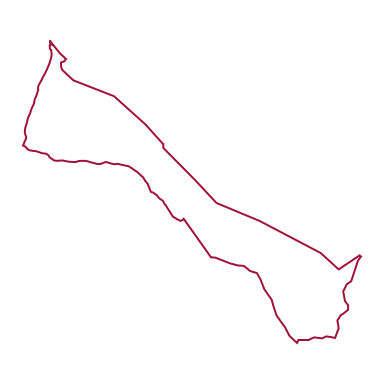 Belvedere, Soufrière, Saint Lucia (Robinson projection)
{"feature_id": "8701671B92172840318225", "entity_name": "Belvedere", "entity_type": "district", "adm_level": 2, "iso_a3": "LCA", "parent_name": "Saint Lucia", "parent_adm1": "Soufrière", "projection": "robinson", "projection_center": [-61.062, 13.892], "detail": "fine", "context": "isolated", "style": "outline", "palette": "rose", "viewbox_px": 384, "rotation_deg": 0, "n_neighbors": 0, "source": "geoboundaries", "source_scale": "gbopen_adm2", "svg_char_len": 4785}
<svg xmlns="http://www.w3.org/2000/svg" viewBox="0 0 384 384"><path d="M361.0,256.5L359.8,255.8L359.6,255.4L338.7,269.4L320.8,253.1L259.5,220.9L216.5,203.0L195.5,180.5L163.2,147.8L163.4,144.2L163.2,144.2L145.3,124.3L114.0,96.2L73.5,80.4L66.3,73.8L61.9,69.5L61.1,66.4L61.0,62.5L64.5,61.2L65.6,59.2L66.0,59.0L59.9,53.3L51.7,43.1L50.2,41.9L50.3,41.5L50.5,41.2L50.1,41.0L49.9,41.8L50.0,42.5L50.5,42.9L50.9,43.3L51.6,43.7L51.8,43.7L52.0,44.0L52.3,44.3L52.6,44.8L52.6,45.1L51.9,44.7L51.4,44.4L50.5,44.0L49.9,44.9L49.6,45.8L49.6,46.3L49.8,46.7L49.9,47.4L50.0,48.1L49.9,48.4L50.0,49.0L50.8,49.7L50.9,49.8L51.2,50.4L51.4,52.2L51.5,53.5L51.7,54.4L51.6,54.7L51.6,55.3L51.4,56.1L51.4,56.8L51.2,57.3L51.0,58.4L49.9,61.8L49.7,62.7L48.8,65.0L47.6,67.8L46.6,70.1L45.4,72.6L44.6,74.3L43.5,76.0L43.1,76.8L42.8,77.3L42.3,78.3L41.7,79.7L41.2,80.6L40.4,82.1L39.2,84.3L38.5,85.7L38.3,86.4L38.1,87.1L38.0,87.8L38.1,88.9L38.3,89.3L38.2,89.9L37.7,91.2L37.4,92.5L36.9,94.2L35.9,96.8L35.0,98.7L34.7,99.5L34.5,100.1L34.4,101.7L34.2,102.5L34.0,103.1L34.0,103.5L33.4,104.9L33.1,105.5L32.5,106.7L32.0,107.8L31.5,108.8L31.1,110.0L30.7,111.1L30.6,111.8L30.3,112.8L29.9,113.8L29.4,114.8L28.7,116.3L28.3,117.2L28.2,117.4L27.7,118.9L27.5,120.0L27.2,121.5L26.8,122.6L26.5,124.1L26.0,125.8L25.5,126.9L25.2,128.3L24.8,131.2L24.9,132.6L25.4,134.9L26.0,136.3L26.2,137.1L26.2,137.7L25.9,138.8L25.2,140.4L24.6,141.7L23.9,143.3L23.9,143.8L23.4,144.7L23.0,145.6L25.2,146.5L25.3,146.6L25.7,146.9L26.0,147.3L26.3,147.7L26.8,148.3L27.1,148.7L27.6,149.0L27.9,149.3L28.5,149.7L28.9,149.9L29.4,150.2L29.8,150.4L30.6,150.5L31.2,150.5L32.0,150.7L33.6,151.1L34.2,151.0L34.7,151.0L35.3,151.1L35.8,151.2L36.8,151.4L38.2,151.9L40.3,152.6L41.8,153.1L43.2,153.4L45.5,153.6L46.2,153.9L46.9,154.2L47.4,154.5L47.9,154.8L48.2,155.1L48.5,155.4L48.8,155.8L49.1,156.3L49.3,156.7L49.5,157.1L49.8,157.4L50.1,157.6L50.6,158.1L51.2,158.5L51.7,158.7L52.2,159.0L52.6,159.3L53.1,159.8L53.6,160.2L53.9,160.4L55.6,160.7L57.1,160.8L58.3,160.8L59.1,160.7L59.5,160.6L62.5,160.5L63.3,160.6L63.9,160.8L64.6,160.9L65.4,161.0L66.6,161.3L67.6,161.5L68.9,161.7L72.1,161.9L73.6,162.0L74.7,162.1L75.7,161.9L76.7,161.7L77.7,161.4L78.7,161.1L80.0,160.9L81.3,160.9L83.7,160.9L86.1,160.9L86.5,161.0L87.1,161.2L88.6,161.6L90.2,162.1L91.8,162.6L93.6,163.0L94.6,163.2L95.7,163.6L96.5,163.8L97.0,163.9L97.7,164.0L99.7,164.1L100.1,164.1L100.4,164.0L101.6,163.5L103.9,162.6L104.7,162.3L105.2,162.2L105.8,162.1L106.4,162.1L106.9,162.2L107.3,162.4L109.7,163.0L110.2,163.1L110.5,163.3L110.8,163.5L111.3,163.6L114.2,164.1L114.5,164.2L114.9,164.2L115.4,164.2L116.5,164.0L117.5,163.9L117.9,163.9L118.7,164.1L119.6,164.2L121.0,164.7L121.7,164.8L122.9,165.0L124.0,165.3L126.8,165.9L127.3,166.0L127.8,166.1L128.2,166.1L128.5,166.2L128.9,166.4L129.2,166.6L129.6,166.9L132.0,168.4L134.2,170.0L135.7,171.0L137.0,171.8L138.3,172.9L138.5,173.3L139.9,174.4L141.3,175.8L142.9,177.2L143.1,177.4L143.5,177.9L143.9,178.8L144.1,179.1L144.4,179.4L144.8,179.9L145.1,180.7L145.3,181.0L145.7,181.5L146.0,181.8L146.6,182.4L147.2,183.2L147.5,183.5L147.8,184.0L147.9,184.7L148.1,185.3L148.3,185.8L148.5,186.1L148.7,186.6L148.8,187.0L149.1,187.4L149.3,187.7L149.4,188.0L149.6,188.5L149.7,189.0L149.9,189.6L150.2,190.1L150.4,190.6L150.5,190.8L150.6,191.3L150.8,191.7L151.0,191.9L151.3,192.1L152.2,192.3L152.7,192.4L153.1,192.6L153.4,192.8L154.0,193.2L154.6,193.6L154.9,194.0L155.2,194.1L155.8,194.4L156.3,194.8L156.7,195.2L157.0,195.5L157.6,196.3L158.1,196.9L158.7,197.6L159.2,198.2L159.6,198.6L160.0,198.8L161.0,199.5L161.8,200.0L162.4,200.5L162.8,200.7L163.0,201.0L163.2,201.5L163.4,201.9L163.6,202.3L163.8,202.7L164.2,203.3L164.4,203.7L164.8,204.2L165.1,204.7L165.5,205.0L165.8,205.3L166.0,205.6L167.4,208.0L168.0,208.9L168.4,209.6L168.9,210.3L169.4,211.0L169.6,211.4L169.9,211.8L170.2,212.3L170.4,212.7L170.8,213.2L171.0,213.6L171.2,214.1L171.5,214.5L171.7,214.8L172.0,215.2L172.2,215.7L172.5,216.0L172.7,216.4L172.9,216.6L173.1,216.8L173.4,217.0L174.1,217.4L174.6,217.6L175.1,217.8L175.4,218.0L176.1,218.6L177.2,219.3L177.3,219.3L180.4,220.9L182.5,220.1L183.7,218.8L211.0,257.3L211.1,257.2L215.6,257.7L221.9,260.2L229.9,263.3L237.5,265.4L243.8,265.9L250.1,271.0L255.3,272.6L256.8,273.0L258.7,276.3L260.4,279.2L260.8,280.2L264.4,289.4L269.6,296.8L271.6,299.6L272.7,303.4L273.8,307.3L274.3,308.7L276.5,315.4L282.4,323.7L285.0,327.2L289.5,335.9L296.6,342.6L297.1,343.0L297.5,342.2L298.1,340.7L298.4,340.0L298.7,340.0L302.0,340.0L308.7,340.0L310.0,339.3L314.1,337.4L314.9,337.5L322.1,338.4L326.2,336.4L329.7,336.9L329.9,336.9L335.1,337.9L338.7,328.2L338.2,325.2L337.4,320.6L340.5,315.5L342.1,314.4L343.6,313.4L345.1,312.2L348.1,309.8L348.1,305.2L346.9,303.6L345.0,301.1L343.2,291.4L346.3,285.2L346.8,284.3L348.3,283.2L351.2,281.2L357.9,260.8L361.0,256.5Z" fill="none" stroke="#9f1239" stroke-width="2"/></svg>